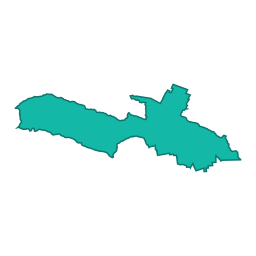 outline of Ruginesti, Vrancea, Romania
{"feature_id": "2599482B20408246844877", "entity_name": "Ruginesti", "entity_type": "district", "adm_level": 2, "iso_a3": "ROU", "parent_name": "Romania", "parent_adm1": "Vrancea", "projection": "natural_earth1", "projection_center": [27.072, 46.081], "detail": "fine", "context": "isolated", "style": "filled", "palette": "teal", "viewbox_px": 256, "rotation_deg": 0, "n_neighbors": 0, "source": "geoboundaries", "source_scale": "gbopen_adm2", "svg_char_len": 5861}
<svg xmlns="http://www.w3.org/2000/svg" viewBox="0 0 256 256"><path d="M225.3,137.8L226.1,136.2L224.2,135.4L223.7,135.4L223.4,135.6L222.3,137.2L221.1,137.7L220.4,137.6L217.4,136.0L216.4,135.3L216.1,134.9L215.5,133.6L214.6,133.1L214.4,132.7L214.1,132.1L213.8,131.9L213.2,131.6L211.6,131.7L211.2,131.1L210.8,130.8L209.9,130.3L209.0,130.1L208.3,129.7L207.4,128.9L206.2,128.4L205.6,128.2L204.4,127.6L202.5,127.2L201.6,126.6L199.6,126.4L199.1,125.1L198.5,124.5L198.2,123.9L196.8,123.2L195.2,122.8L192.0,122.3L191.0,122.1L190.6,121.8L188.8,121.6L187.0,120.2L186.8,119.9L186.4,118.5L186.0,117.8L185.3,117.4L182.0,116.4L181.1,115.9L180.7,115.5L180.6,114.9L180.6,114.3L180.9,113.9L181.0,113.4L182.0,112.2L182.6,110.3L184.5,110.1L185.5,109.1L187.0,108.8L186.3,108.5L186.2,107.5L187.4,105.4L186.5,104.8L186.4,103.8L189.1,99.4L188.0,99.0L190.2,95.0L185.9,93.4L187.6,89.7L173.1,84.4L171.4,88.2L173.0,88.8L172.2,90.1L172.4,90.2L171.6,91.8L171.0,92.8L169.2,92.1L169.8,91.0L167.6,90.1L166.4,92.5L165.9,92.5L162.9,98.2L163.1,98.3L162.9,99.0L161.6,101.0L160.3,103.5L150.9,98.4L136.1,96.1L135.5,96.3L134.1,96.2L133.4,95.9L132.7,95.3L131.6,95.7L130.2,95.9L131.4,98.6L131.6,98.9L132.9,98.7L134.3,98.8L136.0,100.2L136.3,100.2L138.6,100.2L139.4,100.8L139.6,102.2L140.2,102.4L141.8,102.7L142.6,102.4L143.0,102.0L144.0,102.4L145.8,102.6L145.4,103.3L145.1,104.4L145.1,104.9L145.7,105.6L146.0,106.8L145.6,108.8L145.8,109.3L146.0,111.3L146.1,112.7L145.9,114.1L145.4,115.1L145.4,115.3L145.8,115.8L146.9,116.8L146.0,117.6L146.0,117.9L146.1,119.5L143.2,119.0L142.1,118.3L140.0,117.7L138.3,116.8L137.6,116.6L136.7,116.2L133.7,115.8L132.7,115.3L131.9,115.1L130.7,114.7L130.0,114.1L129.4,113.2L128.9,112.7L128.3,113.1L127.3,115.2L127.8,116.4L127.5,116.7L127.5,117.5L127.4,117.7L126.8,118.1L126.3,118.1L125.5,118.6L124.7,120.0L123.9,120.2L121.9,120.3L120.5,120.7L119.6,120.6L118.8,120.3L117.8,119.7L117.1,119.4L116.4,118.3L115.9,118.1L114.8,117.8L114.2,117.1L113.5,116.7L113.2,116.5L112.3,116.6L111.6,116.1L111.3,116.2L110.7,115.5L110.3,115.3L109.1,115.7L107.7,115.3L106.8,114.6L105.8,113.6L104.6,113.4L102.9,112.6L100.8,112.6L99.4,112.2L98.0,112.4L96.9,112.4L96.1,111.8L95.8,110.6L94.3,109.5L93.2,109.5L92.2,109.7L91.2,109.2L89.1,109.5L86.4,109.0L85.7,108.7L85.5,108.4L85.2,107.7L84.8,106.4L83.9,105.5L82.4,105.2L81.3,104.6L79.9,104.6L79.3,104.5L76.4,103.2L74.9,102.1L74.4,101.6L73.2,101.6L72.5,101.4L71.2,101.7L70.2,101.8L69.7,101.9L69.2,101.7L68.5,100.9L67.9,100.7L66.9,100.6L65.0,99.8L63.9,99.6L63.6,99.3L63.3,98.9L63.0,98.5L62.1,98.2L61.5,97.7L60.4,97.5L60.0,97.9L59.0,98.0L56.2,97.3L51.7,94.3L49.6,94.4L46.5,94.0L46.1,94.5L45.3,94.8L44.4,95.1L43.6,94.9L42.6,95.8L41.7,96.3L39.7,96.4L39.2,96.7L38.2,96.8L37.0,96.7L36.0,96.9L34.8,96.6L34.1,96.6L33.7,97.1L31.8,98.0L30.0,98.3L28.2,98.7L25.6,100.6L23.9,100.9L23.3,101.2L22.3,102.2L20.9,103.1L20.3,103.3L20.0,103.7L19.8,104.4L19.0,105.3L17.7,106.0L15.4,108.2L15.5,108.3L16.8,108.2L18.2,108.5L18.6,108.8L19.6,110.0L19.9,110.9L19.8,111.5L19.7,112.0L19.7,112.9L19.6,113.2L20.1,113.7L20.2,114.0L19.7,114.8L19.9,116.0L20.3,116.6L20.3,117.5L20.1,118.1L20.3,119.2L20.5,119.9L21.3,120.6L21.4,121.0L21.3,122.1L21.1,122.5L20.3,123.6L19.5,125.1L19.5,125.7L18.7,126.6L17.6,127.6L19.3,127.2L19.6,127.6L20.4,128.3L22.0,128.6L22.2,128.9L22.6,129.1L24.0,129.3L24.4,129.2L25.5,129.3L26.5,129.0L26.6,128.8L28.1,128.7L29.1,129.4L29.5,129.9L29.9,131.0L30.9,130.8L31.6,130.1L31.5,129.6L32.5,128.3L33.4,128.4L34.0,128.5L34.3,128.8L34.3,129.3L34.2,129.8L34.4,130.0L34.3,130.3L34.5,130.9L34.7,131.2L35.0,131.3L35.8,131.2L36.7,130.6L37.5,130.5L38.5,129.6L39.0,129.3L39.6,129.3L42.0,130.0L45.4,130.3L45.9,130.7L46.6,130.9L47.4,131.5L50.2,132.3L50.6,132.6L52.1,134.4L53.2,134.9L55.5,134.5L56.8,134.4L58.0,133.9L59.5,134.2L60.4,134.6L60.8,135.3L61.7,135.7L62.3,136.1L63.2,136.1L64.0,136.4L64.5,137.1L64.8,137.3L66.7,137.6L67.6,137.4L68.8,137.4L72.3,138.4L74.2,139.4L74.7,139.8L75.8,140.3L75.9,141.1L76.6,141.8L78.5,143.0L80.0,142.7L81.4,142.9L81.6,143.2L81.3,143.6L81.7,144.7L81.9,144.9L82.8,145.6L83.7,145.7L84.4,146.1L85.5,146.4L86.8,147.3L87.8,147.5L92.6,148.9L94.8,150.0L95.6,150.2L99.3,151.1L100.7,151.2L104.0,151.7L105.8,152.3L106.4,152.5L107.6,153.4L109.6,156.1L112.3,157.6L113.3,157.1L113.0,156.7L113.2,156.2L112.9,155.0L113.5,153.7L113.8,153.4L114.3,153.1L114.6,152.7L115.5,152.0L116.4,151.0L116.4,150.7L116.7,150.0L116.7,148.5L117.2,147.8L117.2,146.9L116.9,146.2L117.0,145.5L117.0,144.1L117.4,143.6L118.8,143.2L119.5,142.8L120.2,142.2L120.7,141.5L122.8,141.0L123.7,140.4L124.0,140.0L125.2,139.6L126.1,138.9L126.6,138.8L127.2,138.4L127.8,138.4L128.0,138.2L128.5,138.1L131.2,136.5L131.8,136.5L132.0,136.9L134.5,136.3L136.6,136.0L137.5,136.5L138.9,136.6L139.1,136.9L139.5,137.0L141.4,137.3L143.6,137.8L144.3,139.0L145.2,140.8L145.9,142.8L147.0,144.9L147.9,144.8L149.0,147.5L149.3,147.1L150.1,147.0L150.3,146.7L151.7,146.3L153.2,146.2L155.1,145.3L155.5,149.4L155.6,149.8L156.3,149.7L156.8,150.9L157.1,150.9L157.2,151.5L156.9,151.6L157.6,155.3L166.2,153.9L166.8,153.6L168.4,153.4L169.3,153.5L169.6,153.4L169.7,154.7L173.7,154.4L173.8,155.4L173.9,155.5L176.5,155.4L176.9,158.2L177.6,163.9L178.5,164.2L179.8,164.7L183.4,164.5L184.2,165.0L186.5,165.7L186.6,167.2L189.1,167.2L189.9,167.4L190.4,168.0L190.8,166.9L191.9,165.2L192.8,163.5L194.0,166.5L196.0,170.8L203.8,168.2L204.2,171.6L206.5,171.4L206.1,168.1L208.3,168.0L208.1,165.9L212.6,165.6L212.3,162.5L215.9,162.3L215.8,155.5L216.1,155.5L216.5,156.0L216.9,156.7L218.4,158.0L219.3,158.3L219.3,158.5L219.2,159.0L220.6,160.4L220.9,161.0L222.4,160.2L240.6,159.8L240.6,159.4L239.1,158.3L238.0,157.2L237.9,154.6L237.6,152.6L237.6,152.3L237.3,152.0L236.0,150.9L235.5,150.9L234.7,151.2L232.7,151.3L231.9,151.2L231.1,150.8L229.7,148.1L228.7,146.9L228.6,146.6L228.6,146.0L228.9,145.4L228.8,144.9L228.9,144.1L227.6,143.2L227.4,141.3L226.4,140.0L225.8,138.6L225.3,137.8Z" fill="#14b8a6" stroke="#0f766e" stroke-width="1.5"/></svg>